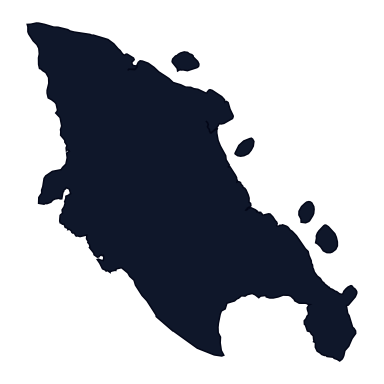 North East Malekula, Malampa, Vanuatu
{"feature_id": "77236927B6539808470139", "entity_name": "North East Malekula", "entity_type": "district", "adm_level": 2, "iso_a3": "VUT", "parent_name": "Vanuatu", "parent_adm1": "Malampa", "projection": "robinson", "projection_center": [167.325, -15.963], "detail": "fine", "context": "isolated", "style": "filled", "palette": "ink", "viewbox_px": 384, "rotation_deg": 0, "n_neighbors": 0, "source": "geoboundaries", "source_scale": "gbopen_adm2", "svg_char_len": 5901}
<svg xmlns="http://www.w3.org/2000/svg" viewBox="0 0 384 384"><path d="M339.7,361.0L342.0,359.2L342.9,357.8L343.8,355.7L344.9,350.6L348.7,346.3L352.1,338.5L355.7,333.5L355.6,330.9L354.1,328.5L352.6,327.2L349.1,315.6L347.7,313.4L346.5,306.1L346.8,305.4L348.3,305.1L355.3,296.8L356.7,293.5L356.8,291.9L356.2,290.5L354.7,288.6L353.2,287.8L352.4,286.3L351.4,285.7L350.7,285.7L347.9,287.1L345.9,288.9L343.9,291.2L342.9,293.8L341.8,294.3L339.5,293.8L336.7,291.6L335.2,291.2L332.5,289.4L330.0,288.5L329.2,287.3L328.5,287.5L328.0,286.6L324.6,283.9L323.6,282.4L322.5,282.0L320.3,278.4L317.2,276.0L314.3,271.9L313.5,269.2L312.8,267.9L312.5,264.9L311.5,263.4L311.2,260.6L309.0,255.5L308.1,251.4L305.4,248.8L296.4,235.7L292.2,231.3L290.1,230.0L288.2,227.4L286.7,226.3L282.6,224.8L281.4,225.3L279.7,225.3L278.5,226.3L277.1,226.0L276.6,225.5L277.2,223.5L276.6,221.9L275.4,220.8L272.8,216.8L270.1,214.0L268.5,213.8L263.3,215.1L262.4,214.9L262.0,213.8L261.1,213.1L260.8,212.4L259.8,212.2L259.4,212.9L257.9,212.0L256.9,212.2L256.6,211.7L257.2,211.1L255.3,209.7L251.2,207.8L248.2,208.1L247.7,209.3L246.1,210.4L245.7,210.2L247.5,207.9L250.2,206.5L250.9,205.8L250.6,203.4L249.0,202.0L249.1,198.0L248.2,194.9L246.0,189.9L244.6,188.1L242.9,187.5L242.9,186.3L241.0,184.1L240.5,182.5L239.1,181.8L237.8,181.6L237.0,182.0L237.4,180.4L236.7,179.4L236.6,177.6L235.4,175.2L229.8,166.5L229.2,166.3L228.8,167.0L228.3,166.8L229.3,165.0L226.1,159.7L225.7,155.7L220.3,145.9L218.1,140.4L216.8,133.1L216.8,130.1L217.3,128.8L216.6,128.7L211.2,133.1L210.2,132.9L209.5,131.4L209.3,129.5L207.5,127.2L207.4,126.3L208.1,124.7L207.7,123.3L205.9,121.0L207.5,122.5L208.3,124.1L208.3,125.2L207.6,127.1L209.4,129.3L209.7,131.5L211.5,132.5L217.0,127.5L219.4,123.5L221.0,124.0L223.9,123.4L232.5,118.5L233.2,116.7L233.1,115.6L230.0,109.1L228.1,102.5L226.5,101.4L225.8,101.4L224.9,102.3L224.5,101.5L224.5,99.7L221.8,96.7L212.1,90.3L210.0,89.7L209.0,90.0L207.1,92.2L206.7,93.1L206.2,93.2L198.0,89.3L193.9,88.7L190.8,87.3L185.6,87.1L180.8,84.8L173.1,82.5L168.9,78.5L158.7,71.8L154.1,67.4L148.2,63.2L142.5,61.1L140.1,60.8L138.3,62.3L137.0,65.0L137.4,65.8L137.2,66.9L135.7,69.1L134.8,69.7L129.6,69.3L128.9,69.4L128.0,70.5L128.3,69.5L128.9,68.9L135.0,68.9L136.7,67.3L137.0,65.6L135.9,65.9L133.5,65.6L132.9,65.3L131.9,63.5L132.1,61.6L133.5,60.7L134.2,59.6L133.5,58.0L127.1,54.1L126.1,54.1L124.5,55.2L123.9,54.9L122.5,53.9L120.1,50.5L117.9,48.6L113.8,43.8L108.0,39.5L93.4,35.1L91.9,35.2L90.0,34.4L74.1,32.0L70.1,31.0L67.8,29.6L58.0,27.2L53.7,27.1L44.7,24.4L38.7,23.1L36.4,23.0L30.9,24.2L27.2,24.4L27.9,26.9L27.9,31.8L28.7,33.9L33.2,40.9L36.9,44.6L38.8,48.3L39.3,54.0L38.5,57.8L38.6,64.4L39.5,68.5L41.0,69.0L42.6,70.6L45.8,72.6L48.6,77.6L48.8,83.3L47.1,90.3L47.1,93.2L48.2,97.9L51.4,99.6L54.7,102.1L56.1,103.8L57.5,110.1L56.9,111.6L55.7,113.0L60.1,117.6L61.7,126.0L60.5,129.7L60.8,131.7L60.6,135.2L64.0,139.2L64.9,140.6L64.8,142.1L67.0,145.5L66.1,147.8L66.4,150.8L67.9,149.6L69.4,151.2L66.6,153.1L67.2,157.8L65.9,164.1L62.7,167.3L61.0,169.7L52.3,171.4L45.7,175.9L44.1,178.3L42.8,186.6L41.6,190.1L41.7,193.7L41.0,194.1L38.8,197.4L38.6,203.3L44.0,204.2L46.2,203.2L46.8,203.7L50.9,202.2L52.6,200.2L54.9,199.0L58.9,198.3L60.1,198.9L61.8,198.8L62.9,192.3L63.6,191.5L64.0,189.9L65.7,188.7L66.2,187.6L69.3,189.1L70.7,193.7L69.2,194.4L68.8,195.1L65.9,196.2L65.8,198.4L64.6,201.8L65.2,202.8L64.8,204.3L64.1,206.7L62.1,209.9L62.5,213.3L60.5,214.8L60.1,215.5L59.7,221.0L60.2,222.9L61.5,223.3L62.3,224.2L64.0,224.2L65.2,227.4L66.6,227.8L68.1,229.0L67.9,229.6L69.4,229.3L71.2,230.7L71.8,232.3L72.6,233.0L73.7,232.9L75.0,234.2L75.7,235.7L76.4,236.1L77.8,235.9L80.0,236.6L86.8,235.0L86.5,238.8L88.1,241.4L87.8,242.5L89.4,244.4L90.0,246.8L89.4,247.5L93.0,252.0L94.0,253.6L94.0,254.7L97.4,257.2L98.9,256.9L99.6,255.8L101.5,254.8L102.2,255.7L103.4,255.3L103.8,257.9L103.2,260.5L101.0,260.2L98.4,259.1L97.2,259.5L99.8,263.3L102.5,268.8L105.7,270.3L106.1,271.1L107.5,270.6L110.1,272.4L110.1,271.7L112.0,271.0L115.1,270.3L115.8,270.5L116.3,268.9L121.5,267.7L127.8,272.9L129.7,276.3L134.0,280.2L135.5,285.2L142.1,295.5L146.9,300.7L156.0,314.9L156.2,316.6L172.9,331.0L173.4,331.0L197.3,348.2L214.2,354.9L221.8,356.0L223.8,355.2L221.3,350.5L220.2,342.8L220.5,337.1L218.2,332.7L218.0,327.2L218.4,323.3L220.2,314.2L221.4,311.0L225.2,308.9L226.9,303.2L234.6,300.9L236.7,299.0L238.6,298.2L241.4,295.8L245.1,296.1L247.4,294.6L252.2,293.5L255.3,294.9L258.8,297.7L260.5,296.1L265.8,295.5L266.2,296.9L269.8,298.0L273.2,298.0L278.3,296.9L283.2,295.1L288.6,295.3L290.9,296.2L294.4,299.6L294.6,300.7L299.2,303.2L306.2,303.3L308.4,304.5L309.9,304.6L308.8,305.2L307.2,307.8L307.4,309.6L308.4,312.7L308.4,314.8L307.1,316.0L306.0,318.7L304.2,320.8L304.4,324.3L305.4,325.1L307.4,331.0L310.2,331.8L311.3,334.0L313.3,335.9L313.6,339.4L314.0,340.5L313.5,341.7L315.1,342.4L315.4,342.9L315.3,347.2L317.2,351.2L319.9,352.8L321.8,354.5L324.6,355.5L325.9,355.4L327.0,356.5L333.1,357.2L334.2,358.4L337.2,359.4L339.7,361.0ZM316.5,238.2L315.6,242.8L317.6,243.9L320.6,246.7L323.3,250.8L326.8,252.6L330.2,252.7L332.3,252.0L335.7,249.4L337.4,245.9L337.4,241.9L336.3,237.2L334.8,233.7L328.4,226.7L325.9,225.1L324.8,225.1L323.7,225.8L318.9,230.9L317.4,233.1L316.3,236.0L316.5,238.2ZM187.4,70.7L197.0,67.6L198.5,66.5L198.8,65.4L198.9,64.0L197.7,61.4L193.3,57.0L193.1,55.8L191.8,54.6L189.3,53.8L187.6,52.4L184.2,51.9L180.5,53.0L178.4,54.2L177.0,55.5L175.5,56.0L172.7,59.0L172.1,61.3L172.4,62.4L177.2,68.4L177.6,71.0L180.3,69.5L180.8,70.0L183.3,69.9L187.4,70.7ZM313.7,213.4L314.1,209.3L313.8,206.6L311.8,202.9L310.3,201.9L308.8,201.6L306.6,202.1L304.7,203.6L301.6,206.5L299.0,211.2L298.9,215.0L301.0,219.0L301.1,222.2L305.6,222.8L308.7,221.5L309.6,220.7L312.8,215.6L313.7,213.4ZM252.6,139.1L251.4,138.2L249.7,138.6L243.7,141.0L238.9,145.4L235.0,153.3L235.2,154.0L237.7,155.7L240.6,156.2L244.0,155.7L248.4,153.6L251.2,150.1L253.3,146.1L253.9,141.4L252.6,139.1Z" fill="#0f172a" stroke="#020617" stroke-width="1.5"/></svg>